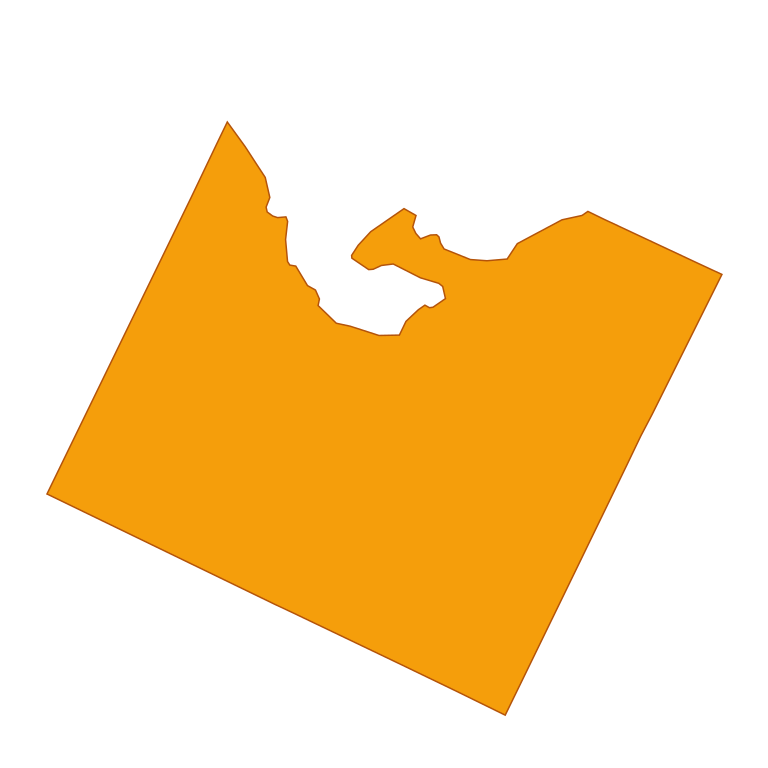 outline of Hillsborough, Florida, United States of America, rotated 116°
{"feature_id": "52423323B74651487208839", "entity_name": "Hillsborough", "entity_type": "district", "adm_level": 2, "iso_a3": "USA", "parent_name": "United States of America", "parent_adm1": "Florida", "projection": "robinson", "projection_center": [-82.445, 27.909], "detail": "fine", "context": "isolated", "style": "filled", "palette": "amber", "viewbox_px": 768, "rotation_deg": 116, "n_neighbors": 0, "source": "geoboundaries", "source_scale": "gbopen_adm2", "svg_char_len": 1143}
<svg xmlns="http://www.w3.org/2000/svg" viewBox="0 0 768 768"><g transform="rotate(116 384 384)"><path d="M139.5,276.4L145.7,279.9L158.4,296.0L199.4,325.7L217.7,328.1L228.1,345.5L234.3,361.0L236.3,389.2L232.6,394.9L227.7,399.1L226.8,402.1L229.7,407.5L237.5,414.8L234.7,421.4L230.3,427.0L218.5,429.1L217.6,442.9L252.9,462.7L270.6,468.0L282.6,469.5L285.0,468.0L287.9,447.9L285.6,444.0L278.6,438.3L272.1,428.3L272.6,397.8L269.5,378.9L270.6,374.0L280.3,366.2L293.5,373.6L295.5,376.6L295.2,381.8L302.2,385.7L313.8,390.1L318.1,391.7L333.3,391.6L342.6,409.8L346.9,439.8L350.3,453.5L350.2,453.8L342.4,477.6L335.9,479.3L329.6,486.8L329.1,495.9L316.7,515.0L318.4,520.8L316.2,524.4L297.3,535.8L280.1,541.9L276.8,545.4L281.1,552.6L281.8,557.7L280.6,564.4L276.7,567.5L268.5,568.2L266.4,568.4L250.4,581.3L242.0,595.4L231.5,612.9L217.2,639.7L241.5,639.6L300.4,639.1L630.6,638.7L629.9,385.5L629.6,366.8L629.6,366.7L629.4,341.8L628.7,250.1L628.4,186.4L628.5,129.9L587.6,129.9L460.6,130.0L349.7,130.2L336.1,130.3L318.0,130.4L294.0,129.7L283.4,129.6L137.4,128.3L137.9,155.7L139.5,258.7L139.5,276.4Z" fill="#f59e0b" stroke="#b45309" stroke-width="1.5"/></g></svg>